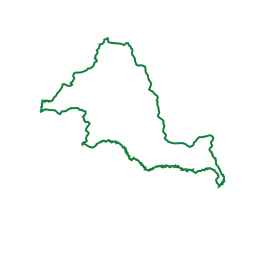 Cáchira, Norte de Santander, Colombia, rotated 246°
{"feature_id": "7082276B44940516663125", "entity_name": "Cáchira", "entity_type": "district", "adm_level": 2, "iso_a3": "COL", "parent_name": "Colombia", "parent_adm1": "Norte de Santander", "projection": "orthographic", "projection_center": [-73.176, 7.699], "detail": "fine", "context": "isolated", "style": "outline", "palette": "green", "viewbox_px": 256, "rotation_deg": 246, "n_neighbors": 0, "source": "geoboundaries", "source_scale": "gbopen_adm2", "svg_char_len": 5819}
<svg xmlns="http://www.w3.org/2000/svg" viewBox="0 0 256 256"><g transform="rotate(246 128 128)"><path d="M176.9,168.6L177.4,168.0L178.7,167.3L179.0,166.6L179.8,165.9L181.0,162.4L183.1,161.3L184.5,161.7L186.1,161.5L188.4,162.5L191.3,162.2L193.0,161.7L195.0,162.1L196.5,163.3L198.5,163.9L199.0,163.2L201.8,163.5L202.7,162.6L205.6,162.5L206.2,160.6L205.8,160.0L205.5,158.5L205.6,157.8L207.0,156.7L208.5,154.8L210.4,151.0L211.3,150.0L211.9,148.1L213.1,146.9L214.1,145.1L215.3,145.0L218.2,146.1L218.4,145.8L218.2,144.0L218.3,142.3L216.3,141.1L215.2,138.4L216.0,136.0L214.8,135.7L212.6,133.7L211.7,131.1L209.9,131.1L208.6,130.2L207.3,127.7L206.2,127.3L205.4,126.2L204.6,126.1L203.7,126.9L202.8,127.0L202.4,127.0L202.1,126.4L201.6,126.4L201.4,123.8L199.9,123.0L198.6,121.2L197.8,117.9L198.6,115.8L197.6,113.5L197.7,109.6L198.0,107.5L198.9,104.9L200.0,102.7L199.8,101.1L198.5,99.5L197.5,99.0L196.5,98.9L195.6,99.3L195.3,99.2L193.2,96.5L192.8,95.8L192.9,95.3L192.3,93.8L190.2,94.5L190.0,92.5L190.3,91.5L191.4,89.8L194.0,87.7L194.5,86.0L192.4,84.6L189.7,80.6L189.1,79.6L188.6,77.6L186.7,75.4L185.9,72.7L185.4,71.9L184.3,71.0L183.8,69.4L184.3,68.1L184.0,67.4L184.6,67.1L184.5,66.3L185.2,66.2L185.5,65.4L186.1,64.8L186.0,64.4L186.3,64.4L186.3,63.8L186.7,63.4L186.5,63.0L186.9,62.4L186.5,62.3L187.3,61.8L187.9,61.0L186.8,60.3L185.9,60.2L185.1,59.6L185.0,59.1L184.6,59.2L183.5,58.8L182.7,58.2L182.8,57.6L181.8,57.3L179.5,55.9L178.4,54.9L178.1,54.2L178.5,57.8L178.9,58.5L178.4,60.5L177.4,62.3L176.2,63.9L174.8,66.8L173.7,68.5L170.1,70.1L168.3,71.5L170.1,74.5L169.5,75.6L168.7,78.2L169.3,80.8L169.4,84.0L169.0,84.1L168.9,84.9L168.0,86.8L168.0,87.6L167.2,88.7L167.0,89.8L165.9,90.7L165.0,90.8L164.2,91.3L163.2,93.5L162.4,93.7L161.1,94.6L160.4,96.0L160.1,95.9L158.3,95.1L157.6,93.5L157.1,93.0L156.5,91.3L155.0,91.7L153.3,91.0L152.9,91.4L151.8,91.3L150.6,91.6L150.0,93.8L149.0,94.1L148.3,94.8L147.7,94.7L147.2,94.2L145.1,90.5L143.3,88.6L142.4,88.8L140.3,89.9L139.2,89.9L138.3,89.0L137.5,87.1L135.4,85.3L134.8,85.0L133.5,85.3L132.9,85.1L132.5,84.1L132.9,81.0L132.5,80.2L132.0,79.6L131.7,79.6L132.0,79.9L131.9,80.7L131.2,81.8L126.3,85.2L125.6,86.5L125.0,86.8L124.5,87.7L124.6,90.1L125.0,90.8L125.0,91.6L126.1,92.6L126.1,94.8L126.5,96.4L126.0,97.5L126.8,98.6L126.3,99.4L126.4,100.5L126.1,101.0L125.6,101.0L124.5,102.2L124.9,102.8L124.8,103.2L124.5,103.5L124.9,105.2L123.5,105.8L123.7,106.3L123.3,106.8L122.3,106.9L122.0,107.2L121.7,106.9L121.5,107.0L121.5,107.9L121.9,108.5L121.3,109.8L121.0,109.9L120.9,111.2L120.0,111.6L119.5,112.2L119.4,111.3L119.0,111.1L119.0,112.1L116.9,114.2L114.7,115.0L114.0,115.5L112.4,115.3L112.1,115.9L111.7,116.0L111.9,116.9L110.8,117.0L110.3,117.5L109.8,116.8L108.8,117.3L108.3,117.3L107.9,116.9L107.0,117.1L107.9,116.2L107.7,116.1L106.8,116.1L106.4,116.5L105.8,116.3L105.3,116.6L104.6,116.6L103.4,117.1L102.7,116.9L101.9,117.8L100.9,117.0L100.2,117.2L99.2,116.8L98.5,117.8L97.7,117.8L97.2,118.2L97.2,118.5L97.8,118.8L97.7,119.7L98.5,121.0L96.6,121.9L96.0,122.5L95.4,122.6L95.3,123.5L94.4,123.7L93.7,124.4L92.9,124.4L91.0,124.8L91.0,125.5L90.7,125.9L89.1,125.2L89.0,126.2L88.3,126.4L87.9,126.0L87.4,126.5L87.0,126.2L86.4,126.3L85.7,126.6L85.7,127.2L85.0,127.8L84.2,127.7L83.4,126.5L83.0,127.0L83.2,127.4L82.3,127.7L81.6,129.0L80.8,129.4L81.2,130.3L80.6,130.5L80.3,131.4L80.5,131.9L81.2,132.2L80.6,133.3L81.1,133.6L81.3,134.3L80.7,134.6L81.0,134.9L81.0,136.2L81.5,137.4L81.1,138.2L81.2,139.2L80.4,139.7L80.6,140.8L80.4,141.8L78.9,142.7L79.0,143.0L79.8,143.4L79.7,144.2L78.8,144.8L78.6,144.7L78.7,143.8L78.0,143.8L77.6,144.1L77.6,144.7L78.3,145.6L77.5,146.4L78.2,146.7L78.5,147.3L77.3,147.9L77.4,148.8L76.6,149.6L75.8,149.7L74.9,150.5L74.9,150.8L75.9,151.3L76.0,151.6L75.3,152.1L74.9,152.6L75.0,153.7L74.4,154.1L74.4,155.5L73.5,154.9L73.4,156.2L72.7,156.1L72.4,156.4L72.3,157.0L73.1,158.2L72.5,158.6L71.4,158.3L70.9,159.0L70.2,159.3L69.1,160.7L67.8,159.8L67.5,160.5L67.8,161.5L67.1,161.8L67.2,163.3L66.7,163.8L66.3,164.8L65.8,164.9L65.3,164.0L64.4,164.4L64.6,165.2L65.4,166.2L64.8,167.5L63.5,168.9L63.5,170.1L62.9,169.5L62.5,169.4L61.9,170.1L59.4,171.4L59.7,172.5L59.7,173.4L60.2,174.7L59.1,177.1L59.6,179.2L58.2,180.6L58.4,181.2L59.0,181.5L58.8,182.1L59.2,182.6L58.0,183.7L58.0,184.0L58.8,184.4L58.1,185.8L57.9,186.8L56.9,187.1L55.7,188.6L54.6,188.9L54.3,189.9L52.3,190.1L49.3,191.3L48.3,190.8L47.2,191.1L46.5,190.8L45.3,188.0L44.6,187.2L43.2,187.2L42.0,186.8L40.8,187.4L38.0,187.7L37.6,187.4L38.0,188.9L38.6,189.2L39.0,189.9L38.6,190.5L38.9,190.9L38.3,191.4L38.3,191.7L38.7,191.8L39.2,191.4L40.2,191.7L40.3,193.2L39.9,193.3L40.2,194.4L40.9,194.6L41.2,194.0L41.5,193.9L41.9,194.7L43.8,195.7L44.8,195.8L45.5,195.3L46.0,195.8L46.6,195.9L47.2,194.8L47.8,194.5L49.5,194.9L51.7,194.7L53.2,195.0L53.7,194.7L54.8,194.8L57.6,194.3L59.1,193.7L60.5,194.3L62.1,194.7L62.6,195.2L63.6,195.1L64.6,195.6L65.1,195.3L65.2,194.6L67.7,194.2L68.4,193.8L69.9,194.7L70.6,194.3L71.7,194.6L72.1,194.5L72.7,193.7L73.6,193.9L74.9,193.5L75.8,194.1L76.2,194.7L76.9,196.7L77.4,197.5L78.4,197.8L79.7,197.6L81.2,198.0L81.7,198.5L82.1,199.9L82.7,200.7L83.9,201.7L84.7,201.8L86.7,201.3L87.7,200.4L88.3,198.9L88.5,196.2L89.0,194.9L88.9,193.5L89.5,192.8L89.7,191.1L90.4,190.3L90.6,189.6L90.0,187.1L88.5,184.7L87.9,182.3L86.1,181.0L85.7,180.4L85.5,176.9L87.2,175.4L89.4,174.4L92.2,171.5L94.5,165.3L96.0,162.6L99.3,159.0L100.3,158.9L102.9,157.3L103.8,157.5L104.6,158.7L105.9,159.7L107.2,159.8L109.1,158.8L110.5,158.8L112.7,159.9L114.1,161.3L115.4,162.2L117.4,162.0L118.5,162.5L119.2,163.2L121.3,162.9L125.8,160.3L126.7,160.2L128.1,161.3L128.9,162.6L130.5,163.2L132.2,163.3L134.0,164.1L137.5,164.3L138.4,164.6L139.6,165.7L141.1,165.3L143.1,167.3L144.5,167.8L145.7,167.6L148.0,166.2L150.8,165.5L154.6,162.9L157.9,166.4L159.1,167.2L159.9,167.2L164.2,166.6L167.9,167.5L171.8,166.9L176.9,168.6Z" fill="none" stroke="#15803d" stroke-width="2"/></g></svg>